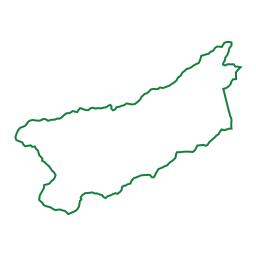 outline of Nova Trento, Santa Catarina, Brazil
{"feature_id": "56859067B31749157862997", "entity_name": "Nova Trento", "entity_type": "district", "adm_level": 2, "iso_a3": "BRA", "parent_name": "Brazil", "parent_adm1": "Santa Catarina", "projection": "orthographic", "projection_center": [-49.044, -27.304], "detail": "fine", "context": "isolated", "style": "outline", "palette": "green", "viewbox_px": 256, "rotation_deg": 0, "n_neighbors": 0, "source": "geoboundaries", "source_scale": "gbopen_adm2", "svg_char_len": 3121}
<svg xmlns="http://www.w3.org/2000/svg" viewBox="0 0 256 256"><path d="M18.2,130.1L16.4,134.0L15.4,137.4L16.4,140.1L19.7,141.4L22.4,142.5L23.3,144.6L25.2,146.2L28.0,145.8L30.6,145.3L32.2,146.8L34.9,146.5L36.1,149.0L37.9,150.5L38.6,152.9L39.3,155.3L40.8,156.8L42.4,158.5L42.1,160.7L44.4,162.0L46.5,164.1L49.0,166.2L50.7,168.6L51.7,170.4L53.3,171.6L54.6,173.2L55.6,175.1L54.7,177.7L53.6,179.6L51.7,180.8L50.4,182.5L49.0,183.8L47.3,184.3L44.2,185.0L43.9,187.9L42.6,190.5L41.1,193.1L39.7,195.7L39.2,199.9L40.8,201.5L42.5,202.9L43.5,204.9L45.2,205.9L47.8,206.6L50.5,207.3L52.9,208.9L55.4,210.1L58.3,209.6L60.5,209.6L62.2,210.3L64.9,211.0L66.9,212.6L68.2,214.1L70.5,213.2L73.2,212.0L75.7,210.7L77.3,209.3L79.0,206.6L79.5,203.7L79.8,201.0L81.4,199.5L80.6,197.4L82.4,195.1L85.0,193.2L88.2,193.0L92.3,192.4L94.9,193.5L97.0,193.4L99.7,194.5L102.2,195.1L103.5,197.0L105.7,198.1L107.5,196.3L110.4,195.4L113.2,194.0L115.2,193.2L117.5,193.8L119.9,192.0L121.4,190.4L122.1,187.1L123.6,185.8L125.6,185.6L127.5,184.3L130.4,183.6L131.6,180.7L133.7,178.3L136.1,177.4L138.2,176.6L141.2,175.3L144.1,175.1L146.6,175.0L148.4,174.8L150.2,175.1L151.8,177.3L153.7,177.4L155.1,175.3L155.9,173.2L157.0,171.4L158.4,169.1L160.9,168.1L162.8,167.3L164.5,166.3L167.1,165.4L169.8,162.5L172.2,160.9L174.1,159.3L175.6,157.6L176.0,154.1L177.1,152.2L179.8,152.2L183.1,151.8L186.2,151.6L188.9,151.7L190.8,151.8L192.7,152.0L195.0,150.2L196.4,147.5L197.4,145.5L199.9,145.3L201.7,145.1L203.5,144.8L205.3,145.8L207.4,145.1L209.5,141.9L212.0,139.7L214.5,137.6L216.4,135.6L218.3,134.4L220.0,131.7L221.7,129.4L223.7,130.2L226.1,129.7L228.6,128.7L231.5,128.7L231.3,126.4L231.2,124.2L231.5,121.3L231.4,118.8L230.1,115.6L229.4,113.0L228.8,111.0L223.3,88.8L225.5,88.3L227.3,87.3L229.0,86.0L230.7,84.0L231.4,81.5L233.1,79.3L236.1,79.1L236.0,76.2L235.9,72.4L237.9,69.9L240.6,67.2L238.0,66.7L235.3,66.5L233.6,64.2L230.9,64.4L228.1,64.1L225.1,65.4L223.1,64.7L223.4,62.8L224.9,60.3L225.3,57.6L227.3,55.0L228.6,51.7L229.3,48.3L231.5,45.5L231.5,42.4L228.4,41.9L226.2,42.1L224.4,42.8L223.3,44.5L221.8,47.0L218.6,46.5L216.8,46.7L215.1,47.9L213.2,50.8L210.2,52.0L208.6,53.9L206.6,54.2L204.3,55.0L201.3,55.8L200.7,58.1L200.0,60.3L198.7,63.0L196.7,63.9L194.2,65.1L191.6,67.1L189.0,68.4L186.5,69.0L184.6,71.0L182.5,72.5L180.6,75.7L178.0,77.5L176.4,80.6L174.0,82.6L171.5,84.1L169.4,85.7L166.5,86.7L163.2,88.0L159.8,87.5L158.4,88.8L156.4,89.2L153.1,88.8L150.7,89.6L148.7,91.8L146.8,93.3L144.8,93.8L143.0,95.5L141.6,96.8L140.2,99.5L137.5,102.0L135.0,103.9L132.5,104.5L129.5,104.0L126.6,103.4L124.5,105.0L121.2,106.0L118.9,106.9L116.6,107.1L115.2,109.4L112.9,110.3L111.3,108.6L111.5,106.1L110.0,104.8L107.3,106.5L105.7,107.4L103.8,107.6L101.3,108.4L98.4,108.1L95.3,108.6L93.3,107.7L90.7,108.1L88.5,110.1L85.8,110.1L83.0,109.1L80.2,108.1L78.5,110.1L77.1,112.2L74.9,111.6L72.6,111.1L69.7,113.1L66.4,113.3L63.7,115.4L61.7,117.5L59.6,118.7L57.4,118.5L54.9,119.6L51.3,119.8L48.0,120.8L46.0,119.3L43.3,119.0L41.5,120.0L39.6,120.6L37.7,120.7L35.6,120.4L32.5,120.0L30.0,120.6L28.3,121.6L27.2,123.3L25.1,125.9L22.6,126.9L20.1,127.9L18.2,130.1Z" fill="none" stroke="#15803d" stroke-width="2"/></svg>